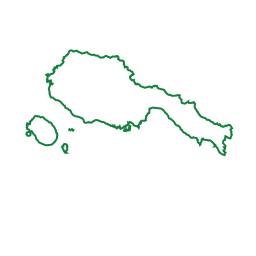 Kota Tidore Kepulauan, Maluku Utara, Indonesia, rotated 300°
{"feature_id": "22746128B24002479708791", "entity_name": "Kota Tidore Kepulauan", "entity_type": "district", "adm_level": 2, "iso_a3": "IDN", "parent_name": "Indonesia", "parent_adm1": "Maluku Utara", "projection": "albers", "projection_center": [127.622, 0.39], "detail": "fine", "context": "isolated", "style": "outline", "palette": "green", "viewbox_px": 256, "rotation_deg": 300, "n_neighbors": 0, "source": "geoboundaries", "source_scale": "gbopen_adm2", "svg_char_len": 5850}
<svg xmlns="http://www.w3.org/2000/svg" viewBox="0 0 256 256"><g transform="rotate(300 128 128)"><path d="M133.2,30.8L132.5,32.6L131.4,33.3L129.4,33.5L128.5,35.1L128.9,35.7L129.4,35.4L129.4,36.1L130.1,36.8L129.6,36.6L129.1,37.0L129.8,37.2L129.2,37.8L129.2,38.8L128.6,39.2L128.6,40.6L127.8,40.4L127.9,39.4L129.1,38.5L128.2,38.6L128.0,38.2L126.0,39.2L122.6,39.7L119.2,42.7L118.5,42.8L116.0,45.8L116.7,47.7L116.1,51.7L117.1,54.0L116.9,57.0L115.5,60.9L115.6,62.3L114.2,63.7L114.6,66.5L114.0,68.1L114.5,69.2L112.8,71.4L111.7,73.9L111.9,76.4L113.0,80.0L113.4,83.4L113.0,85.1L111.2,87.1L111.0,88.1L112.9,90.8L113.4,91.0L114.1,93.2L115.1,94.2L116.2,94.4L118.7,96.0L119.5,97.5L120.2,102.4L121.0,104.2L120.7,106.6L121.5,108.2L121.0,108.9L121.5,111.4L121.2,112.3L122.7,113.3L122.6,113.8L121.8,114.2L121.9,114.5L122.6,114.5L123.2,115.0L122.2,115.7L122.7,116.1L122.1,117.0L122.7,117.7L122.2,118.7L122.6,118.9L123.6,118.4L124.1,118.6L124.3,120.0L125.3,120.0L124.4,121.0L123.7,121.1L123.6,122.0L124.3,122.2L125.1,123.4L127.3,123.7L127.7,125.4L129.1,124.9L129.5,125.7L131.0,126.3L131.6,125.9L132.2,126.0L132.8,125.5L132.8,126.3L134.2,126.6L134.3,129.0L134.0,130.5L133.1,131.7L134.0,135.2L137.2,136.0L138.0,135.6L139.4,136.0L139.9,135.7L140.6,135.9L141.4,136.5L142.7,139.0L143.6,139.6L144.6,138.8L147.1,138.2L147.4,137.7L149.5,138.2L150.4,137.8L151.6,138.9L155.4,137.0L155.6,137.6L157.0,138.2L158.2,139.6L161.3,146.8L161.3,149.4L159.8,153.0L159.8,153.8L158.8,156.4L156.9,158.6L157.2,160.4L156.6,163.9L156.0,165.6L155.1,166.7L154.6,168.7L155.1,170.3L155.0,171.6L154.2,173.3L153.1,174.4L153.4,175.3L152.1,177.8L152.1,181.0L151.7,182.0L152.1,184.1L151.1,187.2L151.6,188.7L152.6,189.2L152.8,189.8L153.1,189.7L152.8,190.0L153.5,192.3L153.0,193.4L152.2,194.0L152.3,194.6L150.7,195.5L150.4,196.3L150.6,197.5L149.3,198.8L150.1,199.0L150.9,198.4L154.2,198.2L154.9,197.5L156.0,197.8L156.4,198.4L155.9,199.3L156.4,201.3L157.1,202.0L157.2,203.7L158.1,204.4L158.3,205.2L158.0,208.1L157.3,210.3L156.7,211.1L157.1,212.0L156.3,212.7L155.7,212.5L156.2,213.1L155.0,216.0L152.9,218.8L152.4,220.8L152.4,223.4L152.9,225.2L154.5,224.5L155.5,224.7L155.7,222.7L156.2,221.9L157.4,222.4L158.6,222.3L159.3,220.9L159.7,221.9L161.0,221.6L161.7,220.4L162.2,218.3L162.8,217.6L164.7,217.0L165.4,217.1L166.1,217.9L169.6,216.5L169.7,220.7L170.1,221.7L170.7,221.9L171.1,221.6L174.1,221.3L174.5,220.5L175.4,219.8L176.3,219.7L177.9,217.5L179.8,218.3L181.5,215.1L180.9,213.4L179.1,212.4L178.8,211.1L177.8,210.8L176.5,209.7L176.7,209.1L176.1,207.8L177.0,205.7L176.2,205.6L175.9,204.6L176.6,202.9L175.5,202.3L174.9,201.5L174.8,200.1L175.4,198.6L175.0,196.3L175.5,194.2L174.6,192.2L175.2,189.9L174.7,188.6L174.7,186.3L174.3,185.2L175.0,184.1L175.0,183.3L175.9,182.1L176.3,180.5L176.9,180.3L177.0,179.3L177.9,178.2L178.6,176.4L179.6,175.2L182.7,173.7L182.9,172.9L182.6,172.3L183.1,171.9L181.4,170.3L180.2,168.4L180.4,166.9L180.8,166.8L177.6,165.2L176.7,162.4L176.7,162.0L178.5,160.5L179.1,160.4L180.1,157.3L181.1,156.6L182.1,156.5L181.5,154.8L180.3,153.7L178.2,150.6L177.8,149.6L177.9,148.1L177.2,147.2L177.0,145.6L177.8,142.4L179.1,140.2L177.5,134.8L177.7,133.4L178.9,132.0L178.2,130.3L177.3,130.1L177.0,129.1L175.4,128.4L174.9,128.5L174.6,127.9L175.1,127.1L174.9,126.2L171.3,122.5L170.6,118.4L170.6,117.6L171.2,116.7L171.1,114.9L170.6,114.3L170.9,113.8L169.9,113.4L169.7,112.4L170.7,111.4L171.5,109.4L172.4,109.1L171.7,108.5L171.7,107.6L171.3,107.1L172.3,104.8L173.5,104.1L174.1,104.6L175.6,104.5L176.3,105.6L177.4,105.9L177.7,105.0L178.8,103.7L178.5,102.2L178.9,100.7L178.2,99.3L178.7,98.3L180.1,97.6L180.4,96.9L180.3,96.1L178.9,95.0L180.6,93.4L181.2,92.3L182.1,92.2L183.6,91.0L183.5,89.0L182.5,87.6L182.5,86.6L182.9,86.1L182.8,85.0L184.6,84.3L185.0,83.0L184.3,82.6L184.3,81.8L183.4,81.2L182.3,79.0L179.8,77.5L180.0,76.0L179.5,74.6L179.7,73.5L179.0,72.5L176.8,71.4L176.5,70.6L175.3,69.4L175.1,67.7L175.5,65.6L174.4,63.4L174.4,61.6L173.8,61.1L173.0,59.5L172.7,56.6L173.2,54.6L169.5,51.0L169.4,48.0L169.0,47.5L169.4,45.2L166.9,42.4L167.1,40.4L165.6,38.8L161.7,39.2L160.7,38.4L159.8,38.4L158.0,37.7L157.1,36.9L156.3,37.8L153.6,37.6L153.1,38.1L153.1,39.1L151.2,39.1L150.1,38.5L148.5,38.4L146.4,35.5L145.1,36.3L145.1,35.6L144.2,35.4L144.1,34.4L143.6,34.3L142.8,34.3L142.6,35.0L141.3,34.3L141.2,34.7L140.4,34.8L140.4,35.9L138.1,36.1L135.8,34.0L134.0,33.7L133.9,32.8L134.7,31.8L134.4,31.5L133.9,31.7L133.2,30.8ZM81.6,40.3L81.6,38.4L80.1,38.8L79.5,39.2L79.5,39.8L78.9,40.2L77.7,40.1L77.7,40.5L76.7,41.2L77.1,42.9L76.4,44.4L77.0,46.6L75.5,49.1L75.1,51.4L72.5,54.3L71.9,56.7L71.0,58.0L71.6,63.5L72.4,66.3L75.0,69.7L76.2,70.6L80.7,71.7L83.3,71.6L87.2,70.0L87.5,69.2L88.0,69.1L88.0,68.3L90.0,66.5L91.8,63.9L92.6,61.3L93.9,59.3L94.0,58.0L93.4,57.1L93.8,55.8L94.2,51.0L94.9,49.2L94.5,48.1L93.6,47.3L93.6,45.1L92.7,44.0L92.8,42.9L92.0,41.6L88.1,41.1L87.5,40.6L86.5,40.8L85.4,40.1L84.6,40.3L84.4,40.0L83.9,40.0L83.9,40.6L82.3,41.1L81.6,40.3ZM79.8,80.5L78.5,80.3L78.2,81.2L76.8,82.8L76.6,83.7L75.8,84.4L75.2,86.0L75.8,87.1L76.1,86.1L76.7,85.6L77.9,86.3L79.6,85.9L80.8,84.7L81.7,84.8L82.4,83.6L82.9,83.4L82.8,81.7L82.2,80.8L80.7,80.6L80.1,81.0L79.8,80.5ZM72.6,42.7L71.8,43.2L71.1,44.9L72.1,46.6L73.0,47.0L74.3,46.6L75.2,45.6L75.3,44.9L75.1,44.1L73.9,42.9L72.6,42.7ZM125.5,125.9L123.6,125.8L123.7,126.5L124.2,127.1L124.9,127.1L125.5,125.9ZM130.9,128.3L129.4,128.5L129.1,129.8L130.9,129.0L130.9,128.3ZM139.3,136.1L138.0,135.9L137.9,136.5L138.9,136.8L139.9,136.4L139.7,136.0L139.3,136.1ZM134.5,136.4L133.9,136.1L133.5,137.2L134.5,136.9L134.5,136.4ZM126.8,130.6L127.6,130.3L127.5,129.5L126.5,130.1L126.8,130.6ZM99.0,81.0L99.0,80.1L98.4,80.1L98.2,81.6L98.7,81.6L98.3,80.9L98.5,80.7L99.0,81.0ZM125.6,128.7L126.2,127.5L125.9,127.3L125.0,128.4L125.6,128.7ZM97.7,78.0L97.9,77.1L97.3,78.1L97.0,77.5L97.0,78.5L97.7,78.0ZM128.0,35.5L128.1,34.8L127.9,34.6L127.5,35.1L128.0,35.5Z" fill="none" stroke="#15803d" stroke-width="2"/></g></svg>